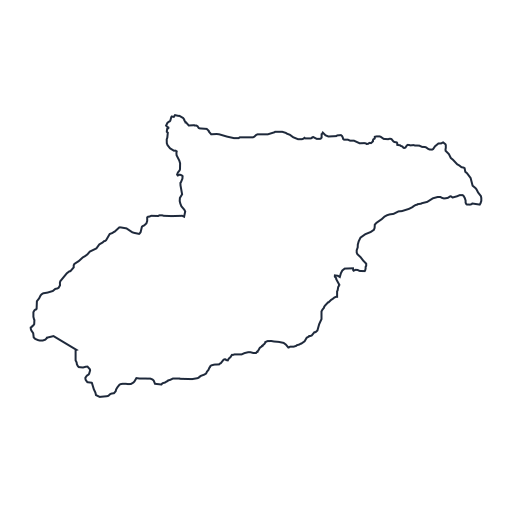 the district of Leon Cortes Castro, San José, Costa Rica
{"feature_id": "36466004B70383874576114", "entity_name": "Leon Cortes Castro", "entity_type": "district", "adm_level": 2, "iso_a3": "CRI", "parent_name": "Costa Rica", "parent_adm1": "San José", "projection": "mercator", "projection_center": [-84.068, 9.694], "detail": "fine", "context": "isolated", "style": "outline", "palette": "slate", "viewbox_px": 512, "rotation_deg": 0, "n_neighbors": 0, "source": "geoboundaries", "source_scale": "gbopen_adm2", "svg_char_len": 6038}
<svg xmlns="http://www.w3.org/2000/svg" viewBox="0 0 512 512"><path d="M445.4,144.2L443.1,142.4L441.2,143.4L438.4,143.5L435.0,146.3L433.1,149.1L432.1,149.6L429.6,149.5L428.0,148.8L426.1,147.4L424.9,147.0L422.1,146.9L419.2,145.6L414.8,145.5L413.6,145.1L410.3,145.4L409.2,145.0L407.6,144.9L406.7,145.7L405.4,147.6L404.1,148.0L403.4,147.7L402.4,146.5L400.7,145.9L400.1,145.3L397.3,144.9L397.2,143.1L396.7,142.4L394.3,142.0L393.3,141.3L391.5,139.1L390.5,138.8L389.3,138.8L388.2,139.2L383.7,138.9L380.7,136.8L379.6,136.4L376.6,136.4L374.8,136.8L374.7,138.5L373.3,139.4L372.9,140.4L373.0,141.2L372.6,141.7L371.0,143.1L369.4,142.9L368.1,143.8L366.6,144.0L365.9,143.4L364.4,143.1L359.7,143.3L354.0,140.7L350.2,140.7L347.9,139.7L344.1,139.7L343.1,138.9L342.8,137.6L342.1,136.1L340.9,135.1L337.3,135.4L336.2,136.1L328.4,136.5L325.5,135.3L322.8,132.6L322.1,133.9L321.6,134.2L321.6,137.6L320.6,138.7L319.6,138.9L316.8,138.9L313.1,137.0L311.9,137.6L311.7,138.1L310.7,138.4L305.2,138.4L304.5,137.8L303.4,138.7L301.9,139.2L298.0,139.2L293.1,137.2L289.9,134.8L287.0,133.7L285.8,132.9L282.3,131.8L275.1,131.8L274.4,132.3L267.9,134.3L257.6,134.3L256.1,135.0L254.3,136.7L253.0,137.3L239.8,137.3L238.7,138.1L233.8,138.1L227.0,136.6L219.2,134.3L216.6,134.0L211.2,134.3L208.8,131.5L208.8,130.9L206.7,128.9L199.7,128.4L198.7,128.0L197.6,126.3L196.3,125.5L194.6,125.5L194.2,125.2L188.8,125.5L186.1,122.5L185.6,122.5L185.5,121.9L185.1,121.7L184.2,120.0L184.2,119.5L183.1,118.0L179.5,115.9L178.4,115.9L175.0,115.1L173.8,116.9L171.7,116.5L171.3,117.1L170.3,120.6L169.8,121.3L168.7,121.8L167.4,122.9L166.1,125.6L167.2,126.8L168.4,127.5L168.3,128.3L167.2,128.8L166.8,131.2L166.8,131.8L167.8,132.7L167.3,137.7L166.7,139.4L166.8,143.2L167.5,145.1L170.0,148.3L173.9,150.7L175.6,150.7L176.7,151.4L176.4,152.9L176.6,155.3L179.3,160.6L180.1,163.3L180.0,169.2L179.6,170.4L177.9,172.5L177.1,174.6L177.8,175.5L179.6,174.7L180.7,174.9L182.4,175.8L182.6,176.3L182.4,178.7L180.9,182.3L180.4,182.9L180.5,185.4L182.1,194.3L179.9,197.9L179.7,201.0L180.3,203.5L181.4,206.3L184.3,209.7L185.2,211.5L184.1,216.7L182.2,215.8L171.7,216.1L163.7,215.8L162.1,215.3L159.4,215.3L158.2,216.0L151.3,215.8L149.1,216.7L148.1,216.7L147.2,217.4L147.2,220.9L146.4,223.4L144.2,225.4L142.5,226.2L141.9,226.8L140.6,232.2L139.6,233.5L139.1,233.9L134.3,232.9L132.3,232.3L126.5,228.4L120.7,227.4L119.3,227.4L114.5,231.8L113.9,231.9L112.4,233.0L109.7,234.0L106.1,240.2L105.0,241.0L104.0,241.2L102.6,242.5L99.3,244.4L96.4,248.4L89.8,251.6L87.4,254.4L85.1,256.1L82.8,257.4L79.0,260.9L74.4,263.9L73.7,265.3L73.7,267.4L70.4,271.2L69.4,271.3L66.8,273.3L60.3,281.2L59.9,282.7L60.0,285.3L58.6,287.8L57.3,288.5L55.3,288.9L52.8,291.0L47.5,292.6L43.2,293.3L41.6,294.3L40.6,295.4L39.1,298.4L36.9,301.2L36.6,308.8L36.0,309.5L35.3,309.6L34.4,310.4L33.4,312.2L33.4,316.8L34.1,319.6L34.4,320.0L34.2,324.1L33.2,325.6L32.5,325.8L32.0,326.7L30.7,327.5L30.8,328.9L31.3,330.4L33.2,333.2L33.7,337.4L35.2,338.9L38.0,340.1L39.6,340.5L42.8,340.5L45.2,339.7L46.9,338.1L46.9,337.7L53.5,336.1L76.5,349.9L75.7,350.2L75.6,350.5L75.6,360.4L76.6,362.4L76.9,364.3L77.9,366.2L78.8,367.1L83.0,367.5L85.9,366.7L87.5,366.6L89.9,369.3L90.1,370.4L89.1,373.8L88.5,374.6L86.9,375.6L85.4,377.7L85.4,378.8L85.8,380.1L87.4,382.2L91.6,382.7L91.9,382.9L93.8,389.2L95.4,392.6L96.0,395.1L99.7,396.9L107.0,396.2L108.4,395.8L110.1,394.2L111.4,393.6L114.0,393.2L115.7,391.2L116.1,389.5L117.4,387.3L119.4,384.8L120.4,384.2L122.5,383.8L125.9,383.8L128.0,384.1L130.9,384.0L133.3,382.6L134.4,381.5L136.4,378.1L139.3,378.5L150.3,378.6L152.5,379.5L153.7,380.6L155.0,383.8L161.4,384.5L162.0,383.7L162.9,383.1L164.9,382.6L166.9,381.3L167.5,381.2L168.1,380.4L170.1,379.9L173.0,378.5L179.6,378.5L180.0,378.8L192.1,379.1L197.4,378.2L198.7,377.7L199.6,376.6L200.1,376.6L200.8,375.9L204.3,374.6L206.1,373.5L207.0,371.6L208.4,370.0L209.5,367.5L209.9,367.3L210.2,366.3L211.3,365.4L214.3,364.6L219.1,364.4L219.9,363.6L220.8,363.2L223.5,359.8L224.4,359.3L225.5,359.3L226.2,360.1L227.8,360.4L228.8,358.6L230.5,357.1L231.9,354.9L233.0,354.9L234.5,354.4L241.6,354.4L244.5,353.1L248.2,352.2L250.4,352.2L253.3,353.0L256.0,353.0L256.9,351.9L257.4,351.9L257.4,351.4L258.2,350.7L259.8,347.8L261.8,346.4L262.0,345.9L262.6,345.9L263.3,344.7L264.2,344.2L265.3,342.6L265.3,342.1L267.5,341.1L271.3,341.0L274.0,341.5L278.8,341.9L283.6,342.9L285.9,344.6L288.3,347.5L288.8,347.5L289.4,347.0L290.2,346.7L293.5,346.7L296.1,345.9L296.9,345.2L299.4,344.5L300.6,343.7L301.2,343.7L304.6,341.3L306.7,337.7L309.0,336.5L309.2,336.0L310.3,336.0L311.7,335.5L314.4,332.2L315.5,332.2L317.4,330.5L319.2,324.1L321.5,319.1L321.5,311.4L322.4,309.7L324.0,307.7L324.2,306.7L325.1,305.5L328.1,302.3L328.6,302.3L331.1,299.9L332.7,298.9L334.4,297.5L336.1,296.8L337.1,296.8L337.1,291.3L337.6,290.5L338.2,287.0L338.8,286.1L339.0,285.0L339.3,284.8L336.2,279.1L336.2,278.2L335.0,276.9L334.8,276.4L334.9,275.4L337.9,275.8L339.8,277.0L340.9,273.2L342.3,270.5L344.7,268.6L353.0,268.3L353.2,270.2L353.6,270.7L355.6,269.8L357.7,270.0L359.5,270.9L360.9,271.0L364.7,271.1L365.1,270.5L365.6,268.6L365.6,266.9L366.2,265.8L366.2,263.7L363.2,260.6L360.6,257.2L357.4,254.2L356.7,252.6L356.7,250.2L357.7,247.4L357.8,244.6L358.7,241.3L360.5,237.6L365.3,234.2L370.7,232.0L373.9,229.8L374.6,227.9L374.8,224.6L376.5,222.8L381.8,219.1L384.5,216.6L387.1,215.2L389.7,214.4L393.5,213.9L398.5,211.4L401.9,211.1L408.9,208.9L412.7,207.0L413.1,206.5L415.4,205.1L417.3,204.6L417.6,204.2L421.0,203.7L421.9,203.2L427.2,201.9L432.9,198.3L437.6,197.0L440.4,197.0L441.8,197.8L443.7,198.4L444.8,198.4L447.8,197.9L450.3,196.3L451.0,196.4L452.6,197.5L457.0,196.3L459.8,195.1L462.6,195.1L463.7,196.1L464.8,198.1L465.6,200.6L465.6,202.7L466.3,204.1L466.8,204.5L470.0,204.6L471.6,204.2L472.3,203.5L479.7,204.6L480.5,203.3L481.3,200.9L481.3,198.0L480.9,196.1L478.1,192.5L476.4,189.2L475.4,188.0L472.6,185.7L470.6,178.0L467.0,173.2L465.3,171.8L464.6,168.2L463.6,167.6L461.5,167.2L459.2,165.4L457.2,164.3L452.9,159.7L450.8,158.0L448.9,154.1L445.6,150.8L445.5,149.2L445.8,148.0L445.8,145.1L445.4,144.2Z" fill="none" stroke="#1e293b" stroke-width="2"/></svg>